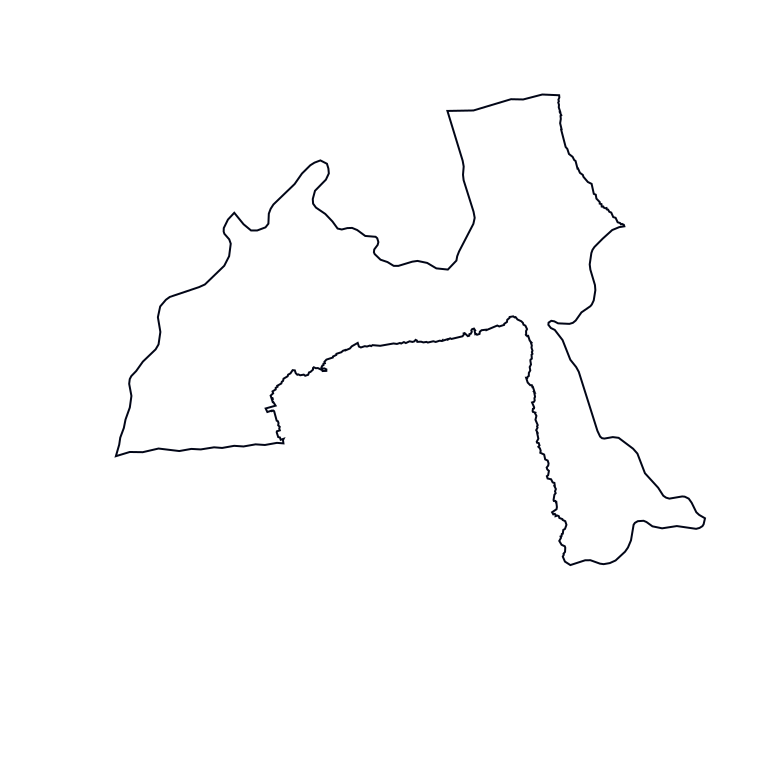 Sánchez, Samaná, Dominican Republic, rotated 72°
{"feature_id": "3306468B64693584443826", "entity_name": "Sánchez", "entity_type": "district", "adm_level": 2, "iso_a3": "DOM", "parent_name": "Dominican Republic", "parent_adm1": "Samaná", "projection": "orthographic", "projection_center": [-69.614, 19.143], "detail": "fine", "context": "isolated", "style": "outline", "palette": "ink", "viewbox_px": 768, "rotation_deg": 72, "n_neighbors": 0, "source": "geoboundaries", "source_scale": "gbopen_adm2", "svg_char_len": 6153}
<svg xmlns="http://www.w3.org/2000/svg" viewBox="0 0 768 768"><g transform="rotate(72 384 384)"><path d="M151.7,375.4L152.0,381.7L153.2,386.5L158.5,397.0L166.2,407.2L179.1,433.7L182.4,437.7L186.4,440.9L195.8,444.4L198.4,448.3L198.8,457.2L196.9,463.0L188.7,468.2L174.9,473.5L179.4,481.6L186.2,488.2L189.5,489.4L191.8,489.4L198.6,486.5L203.2,486.4L214.6,491.8L222.2,499.4L234.0,523.6L234.7,530.0L235.0,560.8L236.5,565.4L241.1,572.9L250.6,578.4L265.4,580.6L276.7,586.2L280.5,590.5L288.2,606.4L295.1,615.7L298.4,621.9L300.8,624.3L305.1,626.3L317.3,627.9L327.8,633.0L337.9,640.8L345.4,645.0L353.5,651.4L359.9,654.6L369.8,661.3L370.1,646.8L374.3,634.5L375.7,618.4L384.5,599.4L386.2,587.3L389.6,578.5L391.7,565.2L394.8,557.7L396.5,545.6L400.0,536.9L401.7,524.8L405.2,516.1L406.9,504.0L409.4,498.0L406.1,497.4L405.1,496.4L405.1,499.5L402.7,499.5L401.8,501.0L396.9,501.0L395.9,500.5L395.9,497.4L394.0,497.4L392.5,496.4L390.6,497.4L388.6,496.4L386.7,496.4L385.7,497.4L376.0,496.9L375.1,497.4L375.1,499.0L374.6,499.0L374.6,503.6L370.7,504.1L371.1,493.8L366.8,494.9L366.8,495.4L363.9,495.4L363.9,494.4L362.9,494.4L362.4,495.4L360.0,495.4L358.6,492.3L356.6,492.3L355.7,488.7L354.2,488.2L353.7,486.1L352.7,486.1L351.8,481.5L350.3,480.5L349.8,479.0L347.9,477.9L346.9,473.3L345.5,472.3L345.0,469.7L342.6,466.6L343.5,464.6L346.4,464.6L348.4,463.6L348.4,462.5L349.8,461.0L350.3,457.4L351.8,456.4L351.8,453.3L349.8,451.7L349.8,450.2L348.4,447.1L346.9,446.6L346.4,445.6L347.9,444.0L348.4,442.0L351.8,438.4L352.7,438.4L353.7,434.8L352.3,434.3L350.8,435.8L350.3,437.9L348.9,438.4L347.4,436.9L347.4,435.8L346.0,435.3L346.0,433.8L344.5,433.8L343.0,431.2L343.0,424.5L342.1,424.0L341.6,420.4L340.6,419.9L340.6,414.8L339.7,412.7L339.7,410.2L340.1,410.2L339.7,405.5L338.2,403.0L336.8,396.3L340.6,396.3L342.1,394.7L342.1,390.6L343.1,388.6L343.1,385.5L344.0,384.5L343.5,382.9L346.5,375.8L348.4,362.4L349.9,359.3L349.9,356.2L350.8,355.2L350.3,352.1L351.8,350.6L351.3,346.5L352.8,343.9L352.8,341.9L351.8,340.3L352.8,339.3L354.2,339.3L355.2,335.7L356.6,333.7L357.1,330.6L358.1,329.5L358.6,323.9L360.0,321.8L360.0,317.7L361.0,315.7L360.5,314.7L361.0,314.7L361.0,309.5L361.5,309.5L361.0,307.0L362.0,305.9L362.9,294.6L361.5,292.6L360.5,292.6L360.5,291.6L364.4,289.5L364.4,288.0L363.0,287.4L363.0,285.9L361.5,284.4L360.0,284.4L359.1,283.3L359.1,281.3L361.0,280.8L361.0,281.3L364.9,281.8L364.9,280.8L365.9,280.3L365.9,277.7L363.9,276.7L363.0,274.6L363.9,270.0L364.4,270.0L363.4,258.2L364.9,256.6L364.9,251.5L363.9,251.0L363.0,247.9L361.0,246.9L360.0,244.3L359.1,243.8L359.6,240.2L361.0,239.2L361.0,238.2L363.9,237.1L366.8,234.0L368.8,233.0L370.7,233.0L372.2,231.5L376.0,231.0L377.5,232.5L380.9,233.5L381.4,234.6L381.4,233.5L382.8,233.0L382.8,232.0L387.7,232.0L390.1,231.0L390.1,231.5L393.0,231.5L395.0,232.5L398.3,232.5L399.3,233.5L401.2,233.5L401.7,234.6L405.6,235.6L406.1,237.1L407.1,237.6L410.9,238.2L412.9,240.2L416.3,240.7L418.2,242.8L421.1,243.8L421.6,245.3L422.6,245.9L422.1,246.9L427.0,246.9L430.3,245.3L430.8,243.8L432.8,243.8L432.8,243.3L437.6,243.3L437.6,243.8L439.1,243.3L439.1,243.8L442.9,244.3L443.9,245.3L446.3,245.8L447.3,246.9L447.3,248.9L452.6,248.4L453.6,248.9L453.6,250.0L455.6,251.0L456.5,251.0L458.0,248.9L458.5,249.4L461.4,248.9L464.8,251.0L470.6,250.5L471.5,251.5L473.0,251.5L474.9,253.5L477.9,253.0L477.9,253.5L483.7,254.1L486.1,256.6L487.1,256.6L488.0,255.1L490.5,255.1L491.4,256.6L493.4,255.6L495.8,255.6L497.7,256.6L500.6,253.5L505.5,254.0L507.4,252.0L510.3,252.0L512.3,253.0L513.7,255.1L515.7,255.1L517.6,254.0L521.5,256.1L522.0,257.6L524.4,257.6L526.3,254.5L529.7,254.0L530.7,252.5L533.6,253.0L533.6,253.5L537.0,253.0L538.9,254.5L540.9,254.5L541.9,256.1L546.7,258.6L547.7,258.6L548.2,257.1L549.6,257.1L549.6,256.6L554.5,257.6L556.4,258.6L557.9,263.8L560.3,263.3L560.3,261.7L561.3,261.2L562.7,261.7L562.7,259.7L563.7,258.6L565.6,258.6L567.6,256.1L568.5,256.1L570.5,254.0L574.3,254.0L577.7,256.6L578.2,258.6L581.6,260.2L581.6,261.2L583.6,262.2L583.6,263.2L585.0,263.2L587.4,265.8L591.8,264.8L594.2,262.2L595.7,262.2L599.6,263.7L601.0,265.8L602.0,265.8L603.4,267.3L608.8,266.8L613.8,262.7L613.8,247.1L615.4,242.1L621.6,234.1L623.2,230.8L624.1,224.6L623.4,218.3L618.0,206.6L614.9,202.5L609.0,197.4L595.0,190.1L593.6,188.3L592.9,185.0L594.3,179.4L596.4,177.0L602.3,172.7L607.2,164.1L609.6,149.4L618.2,131.9L618.4,128.4L617.6,125.1L616.2,123.4L610.9,120.2L605.9,124.7L602.5,126.6L592.0,128.1L587.2,129.6L584.1,132.8L583.1,135.1L581.2,148.0L579.3,150.8L576.6,152.9L567.4,155.3L549.5,163.4L528.5,164.5L522.5,167.1L507.7,177.5L505.2,182.8L504.0,191.3L502.9,193.4L500.8,194.7L494.5,195.5L432.6,195.0L427.3,196.0L418.5,199.3L397.4,200.6L385.3,204.9L382.3,208.0L378.5,209.4L376.5,208.5L375.6,205.4L377.0,202.7L380.1,199.7L384.1,189.1L384.2,185.5L382.9,182.1L376.9,174.1L373.8,163.7L372.6,161.8L369.3,158.7L360.1,154.0L355.1,152.8L339.0,152.4L333.8,151.4L323.5,146.3L320.8,144.2L318.7,141.5L313.4,131.2L308.1,119.4L307.5,111.9L308.3,106.7L306.7,106.7L305.3,108.2L305.3,109.3L303.8,109.8L302.4,111.8L297.5,112.4L296.1,114.4L291.2,114.9L289.8,116.5L287.4,117.0L286.9,118.0L285.4,118.0L285.4,119.0L284.0,120.6L283.0,120.6L282.5,122.1L280.1,121.6L279.1,123.1L277.7,122.6L273.3,124.7L269.4,124.1L268.0,125.7L257.8,124.7L254.9,127.7L248.6,130.3L246.6,130.3L243.7,132.4L238.9,132.9L238.9,133.4L231.1,132.9L229.7,133.9L226.3,134.4L222.4,137.0L217.1,137.0L214.7,138.0L196.7,136.9L196.7,136.4L190.4,135.9L186.5,133.9L183.6,133.3L183.2,132.3L179.8,132.8L179.8,132.3L174.9,132.3L172.5,131.3L170.1,131.3L169.1,130.3L167.6,130.3L165.7,128.7L163.5,128.2L157.6,144.0L156.4,163.7L152.4,175.2L151.5,214.4L143.9,239.3L196.0,240.2L201.8,241.0L209.4,244.2L214.8,245.3L247.8,245.6L254.0,246.4L259.3,249.5L281.2,271.7L285.1,274.9L289.0,277.0L294.9,287.9L290.2,298.5L282.2,305.5L277.3,314.1L276.4,319.3L276.1,333.9L274.6,338.3L269.1,343.0L264.7,348.9L257.6,352.7L255.6,352.9L253.0,351.7L249.8,347.1L247.3,345.5L243.3,345.4L241.4,346.5L237.4,356.1L229.3,361.9L225.7,366.1L224.4,370.7L224.0,376.4L221.8,380.1L213.5,382.8L204.1,387.3L195.2,394.2L190.6,395.7L186.1,394.6L178.9,389.9L171.7,376.1L166.7,371.4L161.9,370.3L156.9,370.2L151.7,375.4Z" fill="none" stroke="#020617" stroke-width="2"/></g></svg>